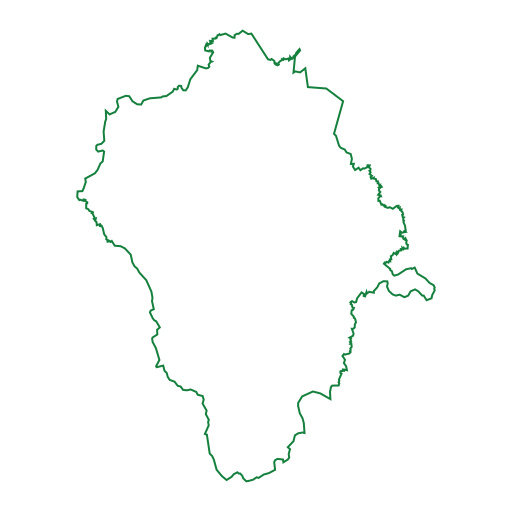 West Akim, Eastern, Ghana (Robinson projection)
{"feature_id": "2480657B57614018833162", "entity_name": "West Akim", "entity_type": "district", "adm_level": 2, "iso_a3": "GHA", "parent_name": "Ghana", "parent_adm1": "Eastern", "projection": "robinson", "projection_center": [-0.668, 5.908], "detail": "fine", "context": "isolated", "style": "outline", "palette": "green", "viewbox_px": 512, "rotation_deg": 0, "n_neighbors": 0, "source": "geoboundaries", "source_scale": "gbopen_adm2", "svg_char_len": 5988}
<svg xmlns="http://www.w3.org/2000/svg" viewBox="0 0 512 512"><path d="M226.6,480.0L231.5,476.9L233.8,474.2L237.4,472.3L238.8,473.5L240.2,473.5L242.3,475.8L243.2,478.3L246.3,481.3L248.7,480.9L253.1,479.7L256.7,477.3L258.6,477.9L263.8,474.5L268.9,473.1L275.1,469.8L274.2,462.2L275.2,460.1L277.5,458.9L283.0,459.5L283.4,462.3L287.9,459.5L289.2,457.5L288.7,454.0L290.0,449.2L287.8,447.2L293.5,441.2L294.9,435.4L298.2,433.3L302.5,432.5L304.5,433.0L303.8,423.1L302.5,418.2L299.8,413.3L298.1,405.9L298.2,402.8L302.2,396.4L312.9,391.5L320.3,393.4L330.4,399.1L330.0,391.9L331.0,387.0L332.2,385.6L338.6,385.5L339.3,383.2L338.6,382.3L339.3,380.7L338.9,379.7L341.5,373.6L340.4,372.9L340.5,371.2L342.9,370.9L342.9,369.8L344.1,370.5L344.2,369.6L346.9,370.2L346.1,366.2L343.9,363.1L345.0,359.8L342.5,356.0L344.0,354.0L344.9,354.6L349.4,353.5L350.6,352.0L349.9,351.2L350.7,350.0L350.3,348.5L351.7,346.9L351.3,343.4L350.4,343.6L350.8,342.8L350.0,342.0L351.1,341.1L350.4,339.8L351.1,338.5L349.5,337.7L353.1,335.7L353.6,333.6L351.9,328.8L353.0,328.9L354.7,327.5L354.8,324.4L356.0,322.3L355.0,318.5L353.8,317.8L353.8,316.6L351.3,313.9L351.7,310.3L353.2,309.7L353.9,307.9L352.5,307.6L351.9,304.9L350.7,304.1L351.1,303.1L350.4,302.3L352.0,301.1L354.4,302.5L356.1,302.1L357.1,298.3L361.6,292.4L363.9,293.9L363.7,296.0L365.1,296.4L366.5,292.0L366.9,293.5L369.2,291.8L373.8,292.7L373.8,291.1L377.2,287.4L379.3,283.4L383.5,281.2L387.3,281.4L387.7,283.3L387.0,286.6L388.9,290.9L392.6,294.4L395.9,295.6L399.7,294.7L404.4,297.2L408.2,295.6L410.6,291.3L415.1,289.4L418.4,291.4L422.1,295.5L423.7,295.6L426.6,300.2L431.5,298.3L432.3,294.8L434.7,290.4L434.2,288.8L434.7,287.6L433.6,285.2L429.4,282.8L425.5,278.5L417.4,273.6L414.7,267.6L411.9,269.0L411.2,268.2L406.0,269.3L398.2,274.5L394.3,275.6L392.8,274.4L391.9,271.3L390.1,269.9L390.2,268.9L383.9,263.7L384.7,262.5L385.7,262.9L386.6,261.8L388.5,262.6L389.1,261.0L390.2,261.3L389.9,259.4L391.3,259.3L390.9,256.2L392.5,255.3L393.7,252.9L395.3,253.9L396.5,252.2L396.9,254.3L397.9,253.1L397.8,251.1L398.3,252.1L398.9,250.7L401.1,250.4L400.9,249.1L402.8,249.4L402.5,248.0L403.5,248.9L403.9,247.9L404.5,248.7L407.6,248.5L407.9,244.9L406.8,244.4L406.2,242.9L406.7,240.5L405.5,238.6L405.1,239.8L404.0,239.2L404.4,238.5L403.5,238.7L402.6,237.2L403.0,236.3L400.2,236.3L400.5,235.0L399.6,235.4L400.2,231.3L401.8,232.7L404.8,232.1L403.9,231.7L404.4,231.0L405.8,231.4L405.0,225.6L403.4,222.0L404.0,220.7L403.3,220.2L403.2,218.3L404.0,217.4L402.7,216.9L402.2,214.9L403.1,214.6L402.6,212.3L401.4,211.3L401.5,209.5L400.1,209.9L399.8,208.3L399.2,209.0L399.6,207.7L398.6,208.1L398.0,207.4L398.5,205.8L396.9,205.8L392.8,208.8L389.8,207.2L387.8,207.9L385.2,206.9L385.6,205.9L384.4,205.1L384.0,205.9L382.4,204.3L381.4,204.7L379.8,200.8L378.4,200.9L378.3,198.3L380.0,196.3L381.0,196.3L380.6,195.3L378.2,194.8L380.3,192.0L378.9,190.5L379.0,188.9L379.9,188.1L379.2,187.6L381.7,186.9L381.0,185.9L379.6,186.0L380.0,184.8L379.2,185.0L378.5,183.1L377.7,183.2L377.9,181.4L376.4,181.2L375.9,179.1L373.5,178.5L373.7,177.7L371.3,178.7L370.6,177.0L371.9,175.8L369.5,174.0L370.6,172.3L369.5,170.9L370.2,170.6L370.5,168.8L368.8,167.3L369.7,165.4L367.6,165.2L367.1,167.3L364.3,168.6L363.1,168.3L360.4,170.2L358.6,167.7L355.1,170.0L352.9,166.5L353.8,163.8L350.9,164.0L351.9,158.8L350.7,154.0L346.5,152.4L344.8,149.6L340.6,147.7L339.0,145.5L336.0,135.8L334.0,133.8L343.1,101.2L326.3,88.5L307.9,87.1L305.3,68.3L300.1,72.4L295.3,71.4L293.5,72.6L295.0,56.6L300.1,50.4L299.5,49.1L296.3,52.7L295.6,54.6L293.6,56.2L292.6,58.6L291.9,58.9L290.2,56.8L290.1,59.5L288.9,60.4L288.4,58.5L285.8,59.3L283.6,58.4L283.3,59.8L282.3,59.4L282.5,60.0L280.5,60.8L278.1,63.3L278.8,64.5L277.6,65.3L275.5,64.4L276.1,63.4L274.5,63.1L274.5,61.3L273.4,60.2L271.5,59.0L270.6,59.9L268.0,59.3L251.4,33.6L248.1,34.1L242.7,30.7L238.5,33.9L236.8,33.8L234.6,35.2L234.5,37.7L232.5,37.5L225.6,33.6L220.2,35.1L219.5,34.2L218.0,35.3L217.9,34.5L216.5,38.1L215.6,37.7L215.2,38.6L212.5,38.7L212.9,41.1L210.1,40.9L210.6,42.4L212.0,43.1L210.6,43.9L209.7,43.5L208.5,44.7L207.6,43.7L207.6,44.7L207.2,44.0L206.6,45.3L206.2,44.6L204.9,47.8L205.2,50.4L209.0,51.4L209.6,50.5L211.8,50.6L211.6,51.6L212.7,51.4L213.2,52.3L209.9,57.7L210.4,61.0L211.8,61.6L210.6,62.1L208.6,64.6L209.3,66.7L208.2,67.9L205.9,68.4L197.8,65.7L197.2,70.1L190.3,79.3L187.8,87.3L185.7,90.4L183.3,90.3L181.4,87.7L181.2,86.0L179.1,85.7L177.8,86.9L177.7,88.8L176.6,89.5L174.2,88.8L172.7,91.7L166.3,96.1L162.7,96.4L161.3,97.4L149.9,98.3L143.4,100.5L141.2,104.5L137.2,104.3L132.5,101.3L129.2,96.2L125.8,95.8L117.6,99.0L117.0,101.6L118.4,106.8L115.3,111.9L109.6,114.4L105.8,110.8L106.2,119.0L105.2,121.7L103.6,131.7L104.3,140.8L101.4,143.8L97.4,144.8L96.3,145.8L96.2,149.5L98.2,151.6L102.7,150.5L104.1,151.6L102.7,161.4L100.4,163.5L97.6,169.8L94.9,173.3L85.2,178.6L85.8,181.9L83.8,187.9L82.4,191.1L77.6,191.4L77.3,195.7L77.3,197.3L79.3,200.1L80.1,199.7L83.5,200.8L83.6,199.5L85.4,199.8L85.2,200.8L87.3,202.3L87.2,203.3L86.2,203.7L86.2,208.3L88.3,209.2L89.4,210.9L92.6,212.1L92.1,212.8L92.8,212.8L92.6,213.8L94.7,217.8L93.7,218.7L94.4,219.6L95.7,218.8L95.2,220.9L96.5,222.0L96.8,225.2L99.9,224.2L99.9,226.8L100.6,225.3L101.4,225.4L102.8,228.2L104.2,234.3L106.4,237.1L106.3,239.3L108.3,240.3L107.4,240.5L107.6,241.7L109.4,241.2L110.6,242.0L111.8,241.0L114.7,245.7L120.6,246.2L124.9,248.4L130.7,254.6L132.4,262.4L134.5,266.3L137.1,268.5L139.4,272.6L146.3,280.2L151.4,291.6L152.5,297.9L152.0,301.1L153.8,309.2L150.7,310.6L149.9,312.3L152.8,318.4L154.4,320.4L156.2,321.3L159.8,327.4L157.1,329.8L157.3,334.5L152.6,337.5L152.1,338.7L152.7,342.1L155.9,348.1L159.4,360.0L156.1,366.3L156.7,367.2L163.2,365.6L164.6,371.0L166.7,372.9L167.7,376.8L169.7,379.9L174.6,381.7L177.7,385.8L180.6,386.5L183.1,389.9L186.9,390.3L190.7,389.5L196.2,391.9L197.8,394.8L202.6,396.0L203.7,399.6L202.6,403.6L206.6,410.6L205.8,414.1L208.8,419.8L208.1,422.0L208.7,425.4L204.9,434.0L206.9,434.7L209.7,453.5L212.2,456.1L213.8,459.5L216.6,469.7L221.8,476.0L226.6,480.0Z" fill="none" stroke="#15803d" stroke-width="2"/></svg>